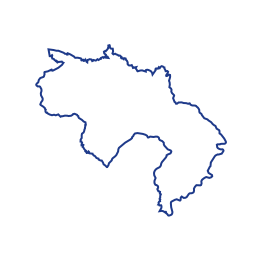 La Belleza, Santander, Colombia (Mercator projection), rotated 192°
{"feature_id": "7082276B28404230547509", "entity_name": "La Belleza", "entity_type": "district", "adm_level": 2, "iso_a3": "COL", "parent_name": "Colombia", "parent_adm1": "Santander", "projection": "mercator", "projection_center": [-74.033, 5.926], "detail": "fine", "context": "isolated", "style": "outline", "palette": "blue", "viewbox_px": 256, "rotation_deg": 192, "n_neighbors": 0, "source": "geoboundaries", "source_scale": "gbopen_adm2", "svg_char_len": 5841}
<svg xmlns="http://www.w3.org/2000/svg" viewBox="0 0 256 256"><g transform="rotate(192 128 128)"><path d="M105.0,194.8L105.6,194.7L106.4,195.3L107.9,195.5L108.8,194.7L109.4,193.2L110.5,193.9L111.1,192.2L112.5,192.2L113.2,191.9L113.4,191.2L113.0,190.7L113.0,190.3L115.1,185.4L115.6,186.5L116.9,188.0L117.9,188.5L120.1,189.0L121.3,189.0L122.4,188.5L122.6,188.2L122.3,186.9L126.2,187.3L127.9,186.8L130.3,185.5L130.9,185.8L131.5,186.7L133.0,188.0L132.7,189.0L133.9,188.5L133.7,188.8L134.6,188.4L135.5,188.6L135.8,188.2L137.4,190.3L138.4,189.7L140.1,189.4L141.4,190.1L141.8,190.7L141.7,191.4L142.3,192.6L143.2,193.7L144.0,194.1L144.8,195.5L146.3,195.5L146.5,194.4L147.2,194.8L148.5,194.8L148.7,195.6L149.5,195.4L149.6,196.4L151.1,197.2L152.3,196.8L153.3,197.4L154.7,197.5L155.9,198.0L156.8,197.6L157.5,197.0L157.8,197.1L158.7,197.7L158.5,199.8L159.4,202.4L161.0,202.1L161.8,202.4L162.4,203.2L163.1,205.1L163.3,205.2L164.4,204.6L164.0,203.3L164.2,202.4L164.0,201.8L164.9,199.9L165.4,199.1L165.9,198.9L165.9,198.4L166.9,198.2L167.4,197.6L166.7,196.0L164.8,195.0L164.9,194.0L162.8,193.5L161.8,192.4L165.3,192.1L166.1,192.3L166.6,191.6L167.4,192.1L169.1,190.8L168.9,190.0L170.1,189.4L170.9,188.4L172.2,188.9L173.3,187.4L173.8,187.2L175.9,187.4L176.4,187.1L176.3,186.4L176.9,186.0L178.0,187.4L179.9,187.3L181.4,186.1L181.8,186.1L181.5,183.8L182.2,184.1L182.4,185.0L183.5,185.1L184.0,185.8L184.2,185.1L184.9,184.5L185.4,184.4L185.7,185.4L186.1,185.5L187.6,184.5L187.8,184.7L187.8,185.6L188.6,186.3L191.8,186.3L194.2,185.7L194.8,185.9L195.5,186.6L199.7,188.0L202.6,188.6L203.0,188.0L202.6,187.2L203.0,187.1L203.8,187.7L205.1,187.5L206.5,188.2L212.1,189.1L214.1,188.7L217.0,188.8L222.1,188.4L219.5,182.0L218.7,182.1L217.4,183.5L217.2,183.3L217.2,181.6L216.5,180.2L215.0,180.1L213.9,179.1L212.5,179.0L212.4,178.4L211.4,178.6L211.1,178.5L211.0,177.6L210.7,177.4L210.0,178.0L206.5,179.2L205.8,178.6L204.7,178.4L205.7,176.0L208.7,172.4L213.3,168.6L213.8,168.4L214.4,168.9L214.5,168.5L215.0,168.4L215.1,168.8L215.4,168.9L218.1,166.8L221.2,165.4L221.3,164.7L220.8,163.3L221.0,160.9L221.3,160.4L224.1,158.7L224.4,158.2L225.2,156.5L225.3,154.0L226.4,152.6L226.8,151.5L226.6,150.9L226.2,150.5L224.9,149.9L223.2,150.3L222.6,150.1L220.8,148.0L220.3,146.3L220.5,143.9L219.9,141.9L217.7,139.3L217.4,138.3L217.4,137.1L218.3,135.2L218.7,132.9L218.3,132.4L215.2,131.2L213.4,130.1L213.1,129.3L212.3,128.9L212.4,127.7L212.0,126.7L210.9,125.9L210.3,126.2L209.5,125.5L207.4,124.9L205.0,124.7L203.1,125.6L201.3,125.4L199.0,126.8L196.3,125.0L195.2,125.8L194.7,125.8L192.2,127.0L189.8,127.4L188.8,127.3L186.3,128.1L184.9,129.4L184.6,130.2L183.2,130.8L180.6,130.3L180.0,129.6L179.1,129.3L178.8,128.4L178.1,127.6L174.8,126.4L172.7,125.1L170.8,124.7L170.0,122.6L170.4,122.5L170.5,122.2L170.1,120.5L170.2,119.5L170.0,118.6L170.3,117.4L170.2,116.3L170.5,114.4L171.8,112.9L171.8,111.4L171.2,108.6L171.9,106.8L171.6,104.9L170.8,105.0L170.7,104.7L169.9,104.2L170.0,102.5L168.8,102.3L169.3,101.5L168.2,101.6L168.5,100.1L167.5,99.6L166.8,98.6L165.4,97.5L164.2,96.9L164.1,96.3L164.7,96.8L165.0,96.7L165.0,96.4L163.6,95.6L163.2,95.0L162.8,95.1L161.8,96.9L161.1,96.4L161.1,95.9L161.5,95.4L160.5,95.2L157.4,95.5L157.3,95.1L155.6,93.9L155.1,93.9L154.2,93.5L152.6,92.1L150.5,91.9L150.2,91.1L149.9,90.9L148.1,90.5L146.9,90.7L145.2,88.9L144.3,87.4L142.4,86.6L140.6,85.4L140.2,85.5L139.4,87.6L139.3,89.6L137.2,92.9L137.2,94.0L136.7,95.2L134.7,97.6L133.8,99.1L132.8,102.9L133.0,105.2L132.7,106.7L127.7,113.1L123.1,117.4L122.0,118.9L122.1,119.8L121.2,121.2L120.9,122.6L120.0,124.1L117.7,125.0L112.3,125.3L109.5,125.0L107.8,124.4L106.6,122.9L105.9,123.0L104.5,124.2L101.2,124.5L98.9,125.4L97.3,125.6L96.2,125.2L95.6,124.6L95.3,123.7L94.4,122.8L91.8,122.3L90.0,121.1L89.5,119.3L88.7,118.3L84.7,115.4L81.6,114.9L80.8,114.2L80.8,113.2L81.2,112.0L83.9,110.1L84.6,109.3L84.4,108.6L84.8,107.1L87.7,101.7L88.1,100.2L88.1,98.0L88.5,97.1L88.9,96.3L91.2,94.4L92.3,93.1L93.1,91.1L93.2,89.4L92.5,87.2L90.6,84.8L91.1,81.9L90.9,80.5L90.4,79.2L89.3,78.1L88.1,78.1L86.5,77.2L86.1,75.7L86.6,74.4L86.4,74.2L85.9,73.3L85.0,72.8L85.0,72.4L83.4,72.2L83.2,70.4L82.1,70.0L82.4,68.3L82.0,66.4L82.4,65.6L82.2,64.9L81.6,64.6L81.8,63.8L81.4,63.0L82.3,62.3L82.6,61.3L82.1,60.1L82.4,59.4L81.8,59.4L81.2,58.8L79.5,59.3L79.2,58.9L78.8,57.7L78.8,56.5L79.8,53.2L77.6,54.0L76.1,53.9L74.3,53.2L74.1,53.7L73.6,53.9L73.3,53.7L73.0,52.6L71.6,51.9L70.6,50.9L69.8,50.8L68.2,51.7L67.4,52.4L67.0,53.4L67.0,54.3L67.1,55.1L69.3,59.5L70.4,63.2L70.5,64.1L70.3,64.9L67.2,67.5L65.5,68.4L62.3,67.8L61.8,68.0L61.6,68.6L61.9,71.0L61.2,72.1L59.0,71.2L57.7,71.5L56.7,72.2L56.2,72.7L54.8,76.1L54.1,76.9L52.0,77.5L50.7,78.5L50.4,79.2L50.4,80.5L50.9,82.4L50.3,84.4L49.2,86.3L45.4,86.9L44.7,87.4L44.5,89.0L45.2,91.2L44.8,92.7L44.2,93.5L42.8,95.1L41.3,96.3L38.1,96.1L36.5,97.0L35.6,98.2L36.0,99.4L39.8,100.8L41.1,102.7L40.0,106.8L39.4,107.8L39.8,111.5L37.3,118.2L36.7,119.3L34.8,120.8L33.8,120.9L31.0,122.4L29.9,125.2L29.9,125.8L30.5,126.6L31.5,126.8L32.4,126.4L33.4,126.4L34.8,126.6L35.9,127.0L36.7,127.7L37.6,130.1L37.1,130.6L34.7,131.1L34.4,131.5L33.1,132.0L30.1,132.7L29.5,133.4L29.2,134.1L29.5,135.1L31.7,137.7L35.6,141.0L37.3,141.7L38.0,144.3L38.4,144.8L41.2,145.8L42.9,148.2L44.3,148.6L45.9,149.4L47.9,151.0L51.0,152.2L52.0,152.9L55.4,153.4L58.3,155.9L59.2,157.1L61.1,157.9L61.6,158.7L62.1,160.5L62.5,161.1L63.8,162.4L65.5,163.3L65.9,163.7L67.1,163.9L69.9,163.4L71.7,163.8L72.7,164.9L73.1,164.9L74.1,164.2L76.3,164.4L78.7,164.0L80.8,164.2L83.8,163.5L85.2,161.9L86.2,161.8L86.9,162.9L87.9,163.2L90.1,166.6L89.6,169.3L89.8,169.7L92.2,171.3L93.2,172.6L93.4,174.5L94.1,175.5L96.0,176.5L96.1,179.1L96.8,181.3L97.7,182.7L97.4,186.1L97.5,187.2L97.9,188.6L99.0,188.7L100.5,187.1L101.3,186.8L101.5,187.0L101.6,187.6L100.6,190.1L100.5,191.4L101.4,191.9L103.0,191.4L103.6,192.5L104.6,193.6L105.0,194.8Z" fill="none" stroke="#1e3a8a" stroke-width="2"/></g></svg>